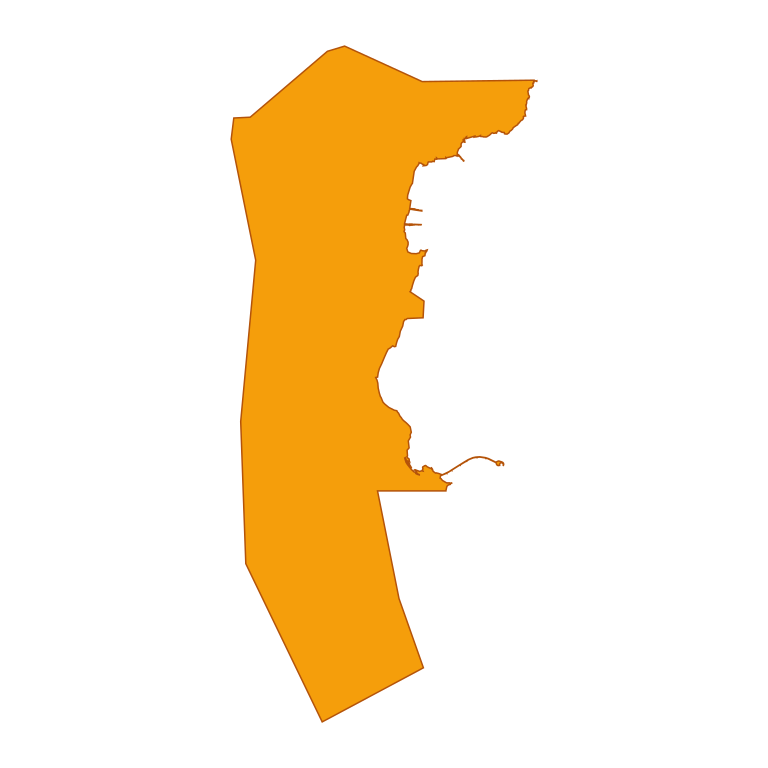 70, Al Daayen, Qatar (Robinson projection)
{"feature_id": "91078587B85079353631459", "entity_name": "70", "entity_type": "district", "adm_level": 2, "iso_a3": "QAT", "parent_name": "Qatar", "parent_adm1": "Al Daayen", "projection": "robinson", "projection_center": [51.51, 25.511], "detail": "fine", "context": "isolated", "style": "filled", "palette": "amber", "viewbox_px": 768, "rotation_deg": 0, "n_neighbors": 0, "source": "geoboundaries", "source_scale": "gbopen_adm2", "svg_char_len": 5865}
<svg xmlns="http://www.w3.org/2000/svg" viewBox="0 0 768 768"><path d="M423.4,667.8L399.0,598.6L377.5,490.9L445.9,490.9L445.9,490.7L446.9,486.3L448.4,484.9L450.3,484.4L450.7,483.5L451.7,483.1L451.6,482.9L450.2,483.3L449.8,482.9L446.7,482.9L445.6,482.3L442.4,480.4L441.0,478.6L440.1,478.2L440.5,475.8L446.7,473.2L446.9,473.4L447.0,473.0L448.8,472.0L451.5,470.3L451.8,470.5L451.8,470.4L451.8,470.1L458.8,465.7L460.0,465.0L460.3,465.2L460.4,464.8L462.1,463.7L466.5,461.1L466.8,461.3L466.9,461.2L466.9,460.8L468.6,459.8L469.9,459.2L473.2,457.9L476.2,457.4L476.9,457.3L477.1,457.7L477.3,457.6L477.4,457.4L477.5,457.2L480.1,457.1L485.7,458.0L485.9,458.1L485.9,458.5L486.2,458.5L486.4,458.2L488.1,458.8L495.9,462.6L496.1,463.0L496.6,464.4L497.2,465.2L498.1,465.6L499.7,465.4L499.6,464.3L499.8,463.8L500.0,463.4L500.7,462.8L501.2,462.8L501.7,462.8L502.7,463.3L502.9,463.8L503.1,464.3L503.0,463.7L502.7,463.1L502.2,462.9L502.0,462.5L502.1,462.4L503.2,463.1L503.5,464.2L503.4,465.0L503.3,465.3L503.1,465.5L502.8,465.8L503.4,465.4L503.7,464.5L503.6,463.8L503.5,463.3L502.9,462.5L501.8,461.9L498.9,461.0L498.5,461.0L498.1,461.1L495.8,462.2L488.5,458.6L485.4,457.6L479.8,456.8L476.8,457.0L475.6,457.1L472.8,457.7L468.3,459.6L464.1,462.1L459.6,464.9L451.5,470.0L449.1,471.6L444.5,473.8L442.3,474.8L438.8,473.5L436.3,472.9L435.5,473.1L433.1,471.3L432.4,469.1L431.9,469.3L431.5,467.8L430.3,468.3L427.2,466.8L425.7,465.5L424.7,465.7L422.7,467.0L422.6,467.8L423.0,468.8L422.4,469.9L423.0,471.1L421.7,470.8L419.6,471.4L415.0,469.7L414.5,470.0L416.5,471.2L416.5,472.3L417.5,473.7L419.3,474.6L419.3,474.9L417.2,474.3L415.8,473.5L415.2,472.2L414.0,471.9L411.3,469.4L407.6,464.8L406.0,462.3L404.7,458.0L405.3,457.6L406.8,461.4L411.7,468.4L410.7,466.4L409.0,463.8L409.9,464.3L408.6,462.4L408.2,461.2L409.6,461.7L409.3,460.9L409.1,459.0L407.7,457.9L406.9,456.7L407.5,455.9L407.1,450.2L409.1,447.9L408.3,440.9L410.5,437.1L410.1,434.9L411.3,432.3L410.2,426.9L407.9,424.4L406.1,422.7L403.7,420.7L402.3,419.3L401.4,417.8L399.8,415.8L398.6,413.2L397.6,412.2L396.8,410.7L394.3,410.2L388.8,407.4L386.5,405.5L384.7,404.0L383.0,402.2L382.2,400.3L381.0,397.3L380.4,396.6L379.3,393.0L378.2,388.1L377.8,383.1L377.0,380.1L375.7,377.5L377.6,377.1L378.2,372.8L379.4,368.5L381.7,363.7L384.3,357.5L386.4,352.7L388.2,349.1L389.8,348.2L390.6,347.6L392.7,345.8L394.3,346.7L395.7,346.4L396.2,344.2L396.8,342.0L397.7,339.3L399.3,336.6L400.3,331.3L402.7,326.1L403.6,321.5L404.4,320.4L404.9,319.5L405.9,319.6L407.3,318.5L423.1,317.8L424.0,301.1L410.0,291.7L410.9,290.7L410.8,289.7L411.6,288.8L412.4,285.5L413.9,280.7L415.3,277.5L415.9,276.8L417.8,275.5L418.2,273.5L418.0,271.9L418.4,269.3L419.1,266.4L419.8,265.5L421.8,265.7L422.3,265.1L421.9,264.4L422.0,261.1L422.0,259.1L422.6,256.6L424.9,255.7L425.3,252.8L425.8,252.7L426.2,251.5L426.8,251.1L427.2,249.9L425.9,250.3L424.8,251.0L422.0,250.7L421.2,250.2L420.5,250.3L419.3,252.9L416.2,253.7L411.3,253.5L407.8,251.9L406.7,248.3L407.6,246.4L408.1,244.6L408.1,242.1L407.0,239.7L405.8,238.5L405.3,233.0L404.1,231.7L404.1,231.1L404.7,229.9L404.2,227.5L404.6,225.0L408.5,225.0L409.7,225.5L410.6,225.2L411.6,225.2L412.7,225.1L413.8,224.9L414.2,225.0L414.8,224.7L418.5,224.8L418.8,225.0L419.3,224.8L421.0,224.9L421.1,224.6L414.4,224.3L413.5,224.4L412.3,224.1L411.0,224.0L410.7,224.1L409.7,224.0L408.5,224.2L404.5,223.8L406.7,215.2L407.8,215.1L409.0,212.0L409.3,210.2L410.3,209.2L414.4,209.9L421.8,211.0L421.8,210.4L418.6,210.2L418.4,209.8L415.5,209.5L414.9,208.9L409.7,208.5L410.9,200.6L408.6,199.7L407.4,198.8L407.7,195.1L410.1,187.2L411.8,184.1L412.4,183.5L414.2,171.3L416.5,167.0L417.7,165.8L418.8,164.0L419.1,162.7L419.7,163.1L420.9,163.1L422.6,164.3L423.7,164.6L423.2,165.8L426.1,165.5L427.5,164.6L428.1,162.2L428.4,161.9L431.9,161.9L432.4,161.3L434.2,161.6L434.8,159.1L436.5,159.2L436.5,157.9L437.6,158.9L445.7,158.6L445.8,157.4L446.6,158.0L447.1,157.6L452.8,156.4L453.9,155.6L456.3,155.6L456.8,156.0L457.6,155.6L458.0,156.2L458.9,155.6L461.5,158.7L461.4,158.8L461.4,159.0L461.6,159.1L461.8,159.0L463.3,160.6L463.3,160.8L463.4,161.0L463.5,161.1L463.8,161.0L463.9,160.8L463.9,160.7L463.7,160.4L463.4,160.5L462.0,158.9L461.9,158.7L461.7,158.6L460.7,157.4L460.7,157.2L460.5,156.9L460.3,156.8L458.7,154.9L457.3,154.3L457.5,153.8L457.2,153.2L457.5,151.7L458.4,149.5L458.5,148.9L458.8,148.8L460.9,146.7L461.0,146.6L461.1,146.4L461.1,144.0L461.7,142.8L463.2,141.5L463.2,139.7L464.3,139.7L464.3,142.2L464.9,142.2L464.3,138.5L465.5,138.5L465.8,137.3L466.6,136.7L466.6,138.5L474.7,136.1L474.3,137.1L475.5,136.8L475.8,137.0L478.8,136.4L480.5,135.5L480.5,136.4L480.7,136.5L482.8,136.6L483.4,136.9L486.1,137.0L486.8,136.8L489.6,135.1L491.7,133.1L492.5,132.8L493.3,133.3L495.2,133.2L495.6,132.7L496.5,133.1L497.0,131.9L497.9,131.0L498.3,130.9L498.8,130.6L499.3,130.9L500.8,131.6L501.1,131.9L501.6,131.9L501.9,132.3L504.3,132.5L504.5,133.8L505.3,134.0L507.1,134.1L508.9,132.9L509.8,131.3L511.2,130.4L512.7,128.9L513.2,127.7L515.3,126.2L516.5,125.4L517.6,124.8L517.9,124.3L518.2,123.4L518.7,123.4L519.6,122.2L521.2,120.4L522.4,119.9L523.4,118.5L523.4,118.4L523.4,116.7L523.7,116.7L523.9,116.2L525.6,116.0L525.2,114.1L524.9,113.2L525.0,111.9L525.1,110.8L525.5,109.8L526.6,109.7L526.6,109.4L526.5,108.6L526.6,108.2L526.3,107.6L525.8,105.1L526.2,105.0L526.2,104.8L526.7,102.9L526.6,101.5L527.0,100.3L527.5,99.2L527.8,98.5L528.7,98.7L528.7,97.8L529.0,97.8L529.4,96.9L529.3,96.2L528.8,95.2L528.4,94.8L528.4,94.1L527.8,91.1L528.4,90.7L528.5,90.4L528.8,88.6L530.1,87.9L531.0,88.0L531.0,87.4L532.0,87.2L532.2,86.8L532.8,86.5L533.2,85.7L532.8,83.2L533.6,83.1L534.0,82.0L533.9,82.0L533.9,81.6L533.7,81.5L533.8,80.8L536.2,81.1L536.4,81.4L536.8,81.4L536.8,80.8L536.3,81.0L535.0,80.7L533.9,80.7L534.0,80.2L422.2,81.6L344.6,46.1L327.4,51.3L250.2,117.2L233.8,118.0L231.2,139.2L255.7,260.2L240.7,421.5L245.8,563.7L322.2,721.9L423.4,667.8Z" fill="#f59e0b" stroke="#b45309" stroke-width="1.5"/></svg>